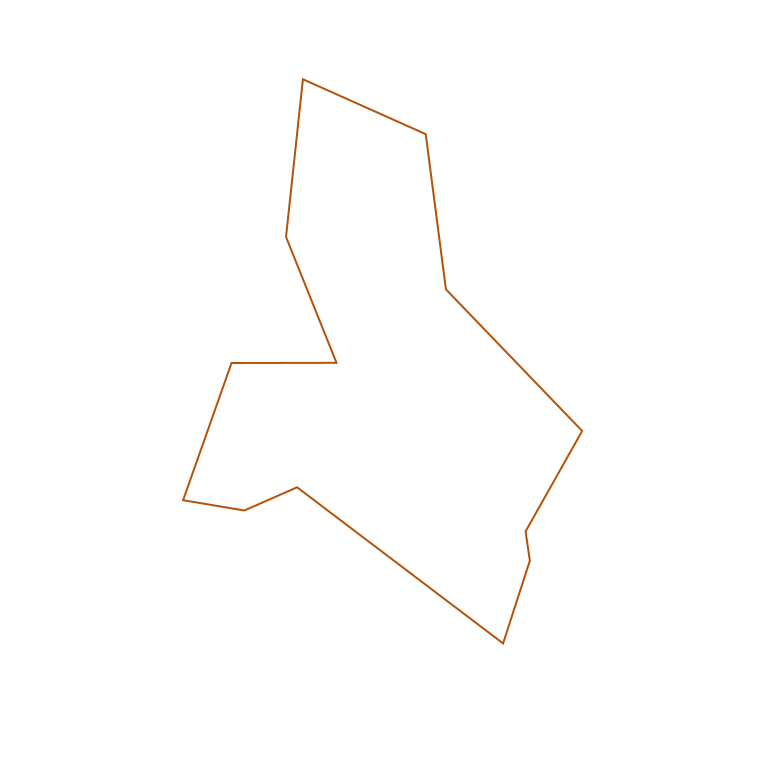 Colonial Heights, Virginia, United States of America, rotated 310°
{"feature_id": "52423323B35608412080263", "entity_name": "Colonial Heights", "entity_type": "district", "adm_level": 2, "iso_a3": "USA", "parent_name": "United States of America", "parent_adm1": "Virginia", "projection": "albers", "projection_center": [-77.399, 37.266], "detail": "fine", "context": "isolated", "style": "outline", "palette": "amber", "viewbox_px": 768, "rotation_deg": 310, "n_neighbors": 0, "source": "geoboundaries", "source_scale": "gbopen_adm2", "svg_char_len": 334}
<svg xmlns="http://www.w3.org/2000/svg" viewBox="0 0 768 768"><g transform="rotate(310 384 384)"><path d="M342.4,609.3L362.1,587.2L475.4,566.0L496.3,370.6L602.2,255.4L565.3,126.0L433.7,214.4L369.7,334.0L302.1,253.7L165.8,304.8L197.3,358.3L249.0,383.8L261.8,642.0L342.4,609.3Z" fill="none" stroke="#b45309" stroke-width="2"/></g></svg>